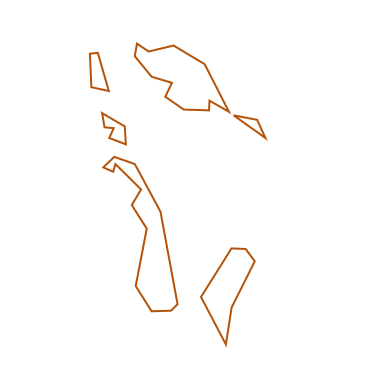 Nusa Tenggara Timur, Natural Earth projection, rotated 259°
{"feature_id": "IDN-1235", "entity_name": "Nusa Tenggara Timur", "entity_type": "Province", "adm_level": 1, "iso_a3": "IDN", "parent_name": "Indonesia", "parent_adm1": "", "projection": "natural_earth1", "projection_center": [122.339, -9.496], "detail": "coarse", "context": "isolated", "style": "outline", "palette": "amber", "viewbox_px": 384, "rotation_deg": 259, "n_neighbors": 0, "source": "natural_earth", "source_scale": "10m", "svg_char_len": 765}
<svg xmlns="http://www.w3.org/2000/svg" viewBox="0 0 384 384"><g transform="rotate(259 192 192)"><path d="M241.3,122.4L230.3,141.2L178.7,157.3L84.6,156.4L79.5,148.7L82.6,129.6L110.4,118.8L164.7,140.6L190.7,130.4L204.2,142.5L234.0,122.2L226.9,118.5L233.1,109.6L241.3,122.4ZM303.0,193.1L312.8,174.4L336.3,161.7L348.1,166.3L338.2,176.2L339.3,201.8L315.1,228.8L263.6,243.6L278.3,226.6L268.9,224.3L274.5,199.6L290.6,184.0L303.0,193.1ZM129.1,220.0L125.8,233.8L112.0,240.4L71.0,208.8L35.9,196.2L87.2,180.8L129.1,220.0ZM347.2,118.2L346.6,126.1L307.0,129.6L314.1,113.2L347.2,118.2ZM286.6,118.8L269.2,138.5L251.4,136.2L260.8,121.1L269.6,127.3L272.2,118.5L286.6,118.8ZM259.3,247.5L250.4,269.7L230.9,274.4L259.3,247.5Z" fill="none" stroke="#b45309" stroke-width="2"/></g></svg>